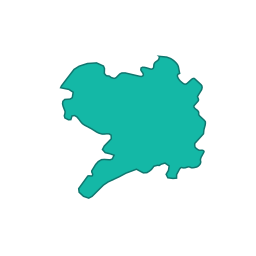 map outline of Vukovarsko-Srijemska (orthographic projection), rotated 129°
{"feature_id": "HRV-1605", "entity_name": "Vukovarsko-Srijemska", "entity_type": "County", "adm_level": 1, "iso_a3": "HRV", "parent_name": "Croatia", "parent_adm1": "", "projection": "orthographic", "projection_center": [18.849, 45.171], "detail": "fine", "context": "isolated", "style": "filled", "palette": "teal", "viewbox_px": 256, "rotation_deg": 129, "n_neighbors": 0, "source": "natural_earth", "source_scale": "10m", "svg_char_len": 2655}
<svg xmlns="http://www.w3.org/2000/svg" viewBox="0 0 256 256"><g transform="rotate(129 128 128)"><path d="M73.1,155.6L71.6,154.9L70.4,153.2L69.4,151.1L68.1,147.8L67.4,146.6L66.0,146.0L64.8,146.2L62.3,147.8L61.1,148.2L59.7,148.2L56.8,147.4L55.3,147.3L52.7,148.4L52.7,148.9L48.5,142.5L47.2,138.6L46.9,136.0L46.9,133.9L47.1,131.9L47.4,130.3L47.9,128.8L48.7,127.4L53.1,122.2L54.4,122.9L55.2,123.0L56.2,122.6L57.0,121.8L57.9,120.0L58.3,118.6L58.6,117.0L58.7,113.8L58.5,112.3L58.1,111.3L57.2,110.5L56.1,110.1L50.1,109.2L49.2,108.9L48.3,108.4L47.9,107.9L47.8,107.6L47.8,106.6L48.3,99.3L48.4,98.3L48.8,97.0L50.0,95.8L51.9,94.9L59.7,93.9L60.5,92.8L61.0,91.8L61.7,90.9L62.7,90.5L69.1,90.7L69.8,90.4L70.3,89.8L70.7,88.2L70.7,86.9L70.6,85.7L70.7,84.7L70.9,83.8L71.2,83.2L71.6,82.7L72.9,81.7L73.3,80.9L73.6,79.7L74.0,73.7L74.2,72.7L74.4,71.9L75.5,70.9L77.3,69.8L81.6,67.9L85.0,65.7L98.0,66.4L99.5,65.2L100.6,64.1L100.9,62.6L100.9,61.1L100.7,59.2L100.4,58.6L100.1,58.1L98.7,56.5L98.3,55.8L98.2,55.2L98.2,54.5L98.6,54.0L99.7,53.7L104.7,52.8L106.3,52.2L107.4,51.5L108.4,50.3L109.1,49.8L110.1,49.4L111.2,49.2L113.3,49.4L115.0,50.0L117.3,51.8L118.4,52.9L119.0,53.7L119.2,54.3L119.5,55.5L119.8,56.1L120.2,56.7L120.8,57.1L122.8,58.4L123.3,58.9L124.2,59.9L124.5,60.5L124.8,61.0L125.0,61.6L125.9,62.1L127.5,62.1L133.6,60.9L136.4,58.7L138.9,61.3L141.6,65.7L140.0,69.2L135.5,69.9L131.6,72.1L132.0,77.2L135.2,79.4L135.4,79.5L137.4,80.1L138.5,81.7L141.4,83.8L145.5,83.7L148.0,84.2L150.8,85.2L153.2,87.8L153.7,90.2L154.7,95.5L164.4,101.2L171.3,104.1L182.6,109.6L187.9,111.2L203.7,112.9L207.2,114.4L209.1,119.6L208.7,125.5L206.7,127.6L206.1,128.2L190.6,129.0L189.8,128.4L188.3,126.1L187.5,125.7L186.2,126.3L185.5,127.4L185.0,128.5L184.1,129.2L176.6,130.2L172.8,130.0L169.3,128.7L167.4,126.7L164.0,121.9L161.9,120.7L157.9,121.7L159.2,125.4L161.5,130.2L160.8,134.3L156.9,135.1L146.9,134.2L144.2,136.6L144.4,138.9L145.8,140.8L147.6,142.6L149.0,144.3L150.3,147.4L150.9,149.9L151.6,156.0L153.1,163.5L153.3,166.1L152.9,168.5L152.1,171.6L151.5,174.7L151.9,177.3L153.8,179.1L157.5,177.7L159.1,179.5L159.9,183.3L158.6,185.2L156.5,186.1L154.8,187.2L152.0,192.0L150.4,194.1L148.2,195.4L145.6,195.1L142.0,191.2L139.5,190.4L134.7,193.1L135.2,198.2L139.1,205.7L137.1,206.2L131.7,206.4L116.4,206.8L110.8,204.9L107.8,203.0L103.4,200.1L97.2,193.4L95.3,186.1L96.6,183.7L100.5,180.7L101.0,178.2L100.8,177.3L99.9,176.0L99.5,175.3L99.4,174.6L99.4,173.2L99.3,172.7L98.7,171.1L98.2,170.1L97.5,169.4L96.3,168.9L91.3,168.4L89.2,167.5L87.0,164.9L80.3,151.1L79.4,149.9L78.4,149.3L77.2,149.4L76.2,150.4L75.7,151.9L75.3,153.4L74.8,154.6L73.1,155.6Z" fill="#14b8a6" stroke="#0f766e" stroke-width="1.5"/></g></svg>